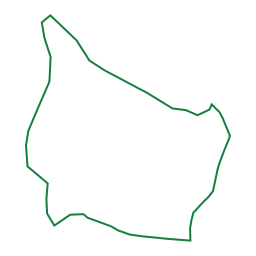 Ivo, Ebonyi, Nigeria (Equal Earth projection)
{"feature_id": "59680162B35701990596564", "entity_name": "Ivo", "entity_type": "district", "adm_level": 2, "iso_a3": "NGA", "parent_name": "Nigeria", "parent_adm1": "Ebonyi", "projection": "equal_earth", "projection_center": [7.611, 5.914], "detail": "fine", "context": "isolated", "style": "outline", "palette": "green", "viewbox_px": 256, "rotation_deg": 0, "n_neighbors": 0, "source": "geoboundaries", "source_scale": "gbopen_adm2", "svg_char_len": 1165}
<svg xmlns="http://www.w3.org/2000/svg" viewBox="0 0 256 256"><path d="M50.3,15.4L41.8,22.4L44.4,37.8L47.7,48.0L50.6,56.9L50.4,60.7L50.3,62.9L50.3,63.8L49.9,72.2L49.5,79.6L49.5,79.9L49.4,80.3L49.4,81.7L38.5,106.8L34.8,115.5L28.4,130.8L26.0,145.2L27.5,166.4L47.7,183.4L46.4,199.1L47.1,213.6L54.3,225.5L55.0,225.1L55.4,224.8L59.1,222.3L70.2,214.7L79.7,214.3L83.6,214.2L87.5,217.7L100.1,222.3L103.7,223.6L111.3,226.4L118.3,230.5L124.1,232.5L125.4,233.0L128.5,234.1L129.0,234.3L130.0,234.6L130.7,234.7L131.6,234.8L132.0,234.9L141.7,236.2L142.5,236.3L143.6,236.4L144.3,236.5L150.3,237.1L158.5,237.9L163.0,238.4L165.9,238.7L190.4,240.6L190.1,228.3L191.4,220.4L193.4,212.5L195.5,210.6L198.9,206.7L199.4,206.2L202.1,203.2L204.3,200.9L207.9,197.6L209.0,196.2L213.0,191.2L217.1,171.6L217.7,169.0L218.7,165.6L220.1,161.4L224.0,151.0L224.4,150.0L228.1,141.0L229.0,138.6L230.0,135.9L222.6,118.0L219.5,112.2L211.7,104.4L209.4,109.6L197.6,115.2L185.8,110.1L172.6,108.5L146.1,92.3L140.3,89.3L129.0,83.3L125.9,81.6L113.3,75.0L104.0,70.0L89.5,60.6L87.7,57.9L86.3,55.5L85.4,54.1L80.7,46.9L76.7,40.5L67.8,32.0L53.2,18.1L50.3,15.4Z" fill="none" stroke="#15803d" stroke-width="2"/></svg>